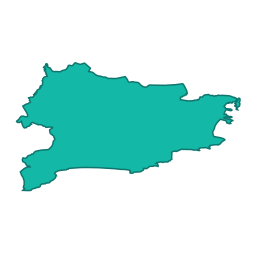 outline of Khanom, Nakhon Si Thammarat, Thailand, rotated 91°
{"feature_id": "78962969B77889758580625", "entity_name": "Khanom", "entity_type": "district", "adm_level": 2, "iso_a3": "THA", "parent_name": "Thailand", "parent_adm1": "Nakhon Si Thammarat", "projection": "equal_earth", "projection_center": [99.815, 9.204], "detail": "fine", "context": "isolated", "style": "filled", "palette": "teal", "viewbox_px": 256, "rotation_deg": 91, "n_neighbors": 0, "source": "geoboundaries", "source_scale": "gbopen_adm2", "svg_char_len": 5759}
<svg xmlns="http://www.w3.org/2000/svg" viewBox="0 0 256 256"><g transform="rotate(91 128 128)"><path d="M98.9,226.2L99.4,226.7L99.5,228.1L99.8,228.5L99.7,227.9L100.2,227.1L101.0,226.8L102.2,227.1L103.5,226.0L103.9,226.0L104.6,226.9L104.7,227.5L105.5,228.6L105.8,229.9L106.6,231.5L107.2,232.0L107.5,233.0L107.9,232.9L108.1,233.4L109.1,233.0L114.2,229.7L116.7,228.6L118.2,228.6L118.5,229.2L118.6,230.4L117.9,233.3L118.2,234.9L118.7,235.6L121.4,237.4L122.7,239.1L123.6,239.5L124.3,238.5L124.4,236.7L124.2,236.1L123.1,234.7L126.1,233.9L128.5,232.8L129.5,232.0L129.8,231.3L129.3,230.6L129.4,229.5L128.6,229.1L128.0,228.1L127.8,226.7L127.4,226.5L127.1,226.0L126.5,226.0L126.2,225.2L126.0,225.7L125.6,225.7L125.5,225.2L124.8,224.8L124.0,223.3L124.6,222.6L125.2,220.5L125.6,219.9L125.6,219.1L126.2,218.3L126.4,217.4L126.2,217.1L126.2,215.6L126.5,214.2L127.6,212.8L127.7,211.2L128.8,210.1L128.4,206.7L128.6,203.5L129.1,203.4L129.8,204.1L130.9,206.1L131.7,206.3L133.6,206.0L134.9,205.5L137.3,202.2L139.5,201.5L140.2,200.9L141.2,201.2L142.6,202.5L145.0,202.8L147.4,203.7L150.7,206.8L151.1,208.4L151.6,214.3L152.9,220.0L154.1,221.5L155.6,222.2L155.6,223.7L156.6,224.7L157.5,227.5L159.8,229.2L160.1,230.7L159.7,232.3L159.8,232.6L161.4,233.1L163.3,232.7L164.6,230.2L166.7,229.0L167.5,228.2L167.9,225.8L168.2,225.3L168.6,225.1L168.7,227.4L169.2,228.9L170.4,231.1L173.7,234.9L177.4,233.4L179.5,231.9L181.6,231.4L182.3,230.9L186.9,230.8L187.5,231.2L189.1,231.6L190.1,231.1L190.1,230.5L190.4,230.2L192.2,232.1L192.3,226.4L192.1,224.0L190.5,222.6L190.0,220.1L188.9,217.7L189.0,216.6L188.4,215.3L187.8,214.7L186.7,214.6L185.5,213.2L185.2,209.6L184.6,209.1L184.1,205.8L183.6,205.2L182.9,205.0L181.2,201.8L178.9,199.6L177.1,199.3L177.0,198.8L176.4,199.3L175.9,199.2L174.9,200.5L173.7,200.1L172.0,197.0L171.4,193.9L171.0,189.9L170.6,189.2L170.8,188.7L170.2,187.9L170.2,187.0L169.7,186.8L169.4,186.3L168.4,175.1L168.2,169.0L168.2,157.0L168.9,140.8L169.5,134.4L169.5,130.4L170.0,126.3L170.6,124.9L171.6,125.1L171.8,125.4L172.8,125.2L173.1,124.7L173.2,123.2L172.9,122.1L171.9,121.2L172.0,119.4L171.5,114.7L169.6,111.7L168.2,111.7L167.9,110.9L168.4,109.8L168.1,108.3L166.7,106.6L165.9,105.1L165.9,102.4L165.3,101.3L165.5,98.8L165.9,97.3L165.1,97.2L163.7,97.7L162.8,98.9L162.8,99.2L162.2,98.5L162.5,98.0L161.9,97.5L161.4,94.4L161.3,93.6L161.8,92.9L161.2,89.9L161.3,87.5L160.4,86.8L159.9,85.2L158.9,84.6L158.5,83.7L155.6,83.9L153.3,83.6L152.0,84.1L151.1,83.3L150.5,81.9L150.3,81.1L150.6,79.5L150.4,79.2L150.5,78.8L149.9,77.8L149.9,77.3L149.3,76.9L149.2,75.9L148.6,75.0L148.4,74.0L148.4,64.2L149.0,61.5L148.7,59.7L149.4,56.6L149.1,56.1L148.3,57.3L148.9,56.1L148.0,57.1L147.1,56.4L146.6,54.9L146.3,49.5L147.5,45.9L146.8,45.6L145.4,46.7L145.0,46.4L144.8,45.7L144.1,45.6L143.7,44.3L143.2,40.1L143.3,37.2L142.1,35.4L140.0,33.7L138.3,31.0L137.9,31.0L137.0,32.3L136.1,35.5L135.0,42.0L133.3,42.8L130.6,43.3L127.2,41.7L124.8,41.1L123.0,40.2L121.0,38.9L117.6,35.8L119.0,30.4L119.5,29.7L121.1,29.4L121.9,26.8L121.7,25.5L121.3,25.9L120.5,25.9L119.2,24.4L118.9,23.7L118.8,22.7L118.0,25.1L117.0,30.2L116.1,32.4L115.6,32.1L115.3,30.6L116.1,26.4L116.1,25.7L115.4,24.3L115.0,24.5L114.7,25.3L114.8,28.3L114.3,28.7L113.9,28.6L113.5,29.9L112.7,29.8L112.5,30.1L112.7,32.1L110.5,31.7L108.0,30.3L108.9,25.7L108.8,25.0L108.3,24.4L107.8,24.6L107.3,25.7L107.0,29.8L106.8,30.4L106.5,30.9L105.9,31.1L105.6,31.9L105.0,31.8L104.7,32.2L103.6,31.7L103.2,31.0L102.8,30.9L101.1,29.0L101.5,28.4L101.5,27.7L101.4,27.5L100.9,27.8L100.4,26.6L101.2,25.3L101.2,24.4L100.0,23.5L99.8,21.2L98.7,20.3L98.0,20.1L97.3,19.5L96.2,20.7L95.9,21.2L95.8,22.1L95.4,22.5L95.4,23.5L94.4,25.9L94.0,27.8L93.7,34.5L93.9,36.4L93.6,38.3L94.2,39.9L94.2,41.4L94.8,42.0L94.8,42.3L94.4,43.0L93.9,44.3L94.1,45.0L94.0,46.5L93.1,48.1L93.6,51.7L94.1,52.8L95.8,54.2L95.7,56.4L97.6,57.2L98.7,58.3L98.4,58.9L99.1,60.3L98.9,61.5L99.7,63.9L99.9,68.2L98.8,76.0L98.1,75.8L97.9,76.1L97.1,76.3L96.2,75.6L95.8,75.0L95.8,74.1L95.3,74.0L94.7,72.2L93.8,71.1L93.8,70.4L93.2,70.5L92.8,69.6L92.4,69.3L89.4,70.1L83.8,73.1L82.8,74.1L83.9,81.5L84.7,91.9L84.7,107.3L85.0,108.0L86.8,110.3L86.8,112.1L86.3,113.7L85.1,115.7L82.7,118.1L82.3,118.8L82.1,121.7L81.7,123.6L81.7,125.3L82.3,126.9L82.2,127.8L81.3,128.8L79.9,129.3L77.1,131.3L76.7,131.9L78.6,139.8L78.8,142.7L78.7,146.3L78.8,148.0L78.7,149.2L77.9,150.3L77.4,152.2L77.5,154.1L76.7,156.0L76.5,158.7L75.2,161.5L73.5,163.6L72.8,164.9L72.2,168.3L68.9,166.6L64.1,172.3L64.0,173.3L65.2,176.5L64.9,178.3L63.7,181.8L64.2,182.7L66.5,184.5L66.7,185.4L66.3,187.5L66.6,188.8L67.5,189.0L69.5,190.1L70.5,191.0L71.4,193.0L71.5,194.3L73.0,196.9L72.8,200.6L72.9,202.6L72.7,203.9L72.3,204.8L69.1,207.2L69.2,208.0L68.8,208.7L68.7,209.3L68.4,209.5L67.9,209.3L67.2,210.7L66.8,209.7L66.3,210.1L66.1,209.6L65.3,210.1L65.1,210.5L65.4,211.2L66.0,211.5L67.0,211.3L68.2,213.0L68.9,213.4L69.3,212.2L69.8,212.3L70.0,211.6L70.4,211.7L70.8,212.7L71.1,212.5L71.1,211.7L72.3,212.5L72.8,211.4L73.2,211.2L74.0,211.4L74.7,210.7L75.4,211.0L76.1,210.1L77.0,210.1L77.7,209.7L78.0,211.2L78.8,213.0L79.6,213.3L80.2,214.0L81.9,214.2L82.2,214.6L83.4,214.0L86.6,214.4L87.6,216.4L87.8,216.4L88.0,215.9L88.3,215.7L88.7,215.8L88.9,216.8L89.2,216.9L89.5,216.3L90.2,216.8L91.5,219.1L92.1,219.7L92.8,219.5L94.1,219.9L93.9,220.3L93.4,220.1L93.4,220.4L93.6,220.7L94.6,220.8L95.0,221.9L95.3,222.0L95.5,220.8L95.8,220.8L96.1,221.2L96.3,222.8L97.1,222.4L97.4,222.8L98.1,223.0L98.9,223.8L98.9,226.2ZM100.6,17.3L98.9,16.5L97.7,16.5L96.5,16.8L96.2,17.6L96.7,18.4L99.0,19.1L99.4,19.8L100.1,20.0L101.7,21.5L102.3,20.4L102.9,20.2L103.3,20.5L103.6,21.4L104.1,21.7L104.9,19.8L106.3,20.1L106.6,19.8L106.0,18.9L104.8,18.2L104.3,17.1L103.4,16.7L101.4,16.6L100.6,17.3ZM107.4,20.1L107.6,20.0L107.8,18.8L107.0,19.5L107.4,20.1Z" fill="#14b8a6" stroke="#0f766e" stroke-width="1.5"/></g></svg>